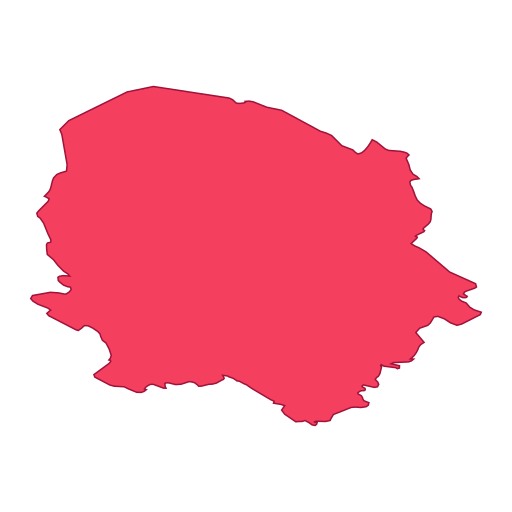 SVG path tracing the border of Northern Savonia
{"feature_id": "FIN-3178", "entity_name": "Northern Savonia", "entity_type": "Province", "adm_level": 1, "iso_a3": "FIN", "parent_name": "Finland", "parent_adm1": "", "projection": "natural_earth1", "projection_center": [27.676, 63.147], "detail": "fine", "context": "isolated", "style": "filled", "palette": "rose", "viewbox_px": 512, "rotation_deg": 0, "n_neighbors": 0, "source": "natural_earth", "source_scale": "10m", "svg_char_len": 3770}
<svg xmlns="http://www.w3.org/2000/svg" viewBox="0 0 512 512"><path d="M153.4,86.5L229.3,98.1L232.6,99.7L236.3,103.1L237.7,103.3L240.1,103.4L244.2,102.9L245.6,101.9L245.2,101.4L249.0,101.1L253.2,101.8L266.7,107.2L281.7,110.3L320.5,131.3L326.1,133.0L331.6,135.5L341.8,145.7L352.8,149.9L355.4,152.4L357.9,154.0L361.7,152.8L364.6,150.4L367.5,147.1L370.1,143.3L372.2,139.7L376.8,142.1L385.1,148.9L388.6,150.4L400.5,151.3L404.8,152.3L407.2,153.3L409.0,155.0L408.5,155.4L406.1,158.1L408.9,164.7L410.2,169.9L413.0,174.2L416.8,176.4L419.1,178.7L417.4,179.0L414.1,179.4L411.1,180.4L409.8,181.9L410.6,185.4L412.0,187.3L413.7,191.5L415.2,195.9L417.2,200.0L420.2,203.1L424.2,205.8L430.8,209.0L432.1,211.5L431.5,213.3L431.2,214.9L430.9,219.4L430.2,221.8L428.4,224.0L423.6,228.1L423.0,229.3L424.2,230.3L424.6,230.6L423.9,231.7L416.2,235.4L415.4,236.3L417.3,237.1L416.8,238.3L411.1,243.6L414.7,245.9L419.1,247.8L426.2,252.0L449.6,272.0L475.6,283.7L476.5,287.0L474.7,288.2L466.3,291.1L464.5,292.1L463.5,293.9L464.2,294.3L466.5,296.0L467.2,296.3L466.6,297.3L465.2,297.7L462.6,297.6L460.2,296.6L459.1,295.8L458.2,297.3L459.2,299.3L461.6,301.1L466.2,303.0L469.7,307.1L474.0,309.8L481.3,312.2L480.3,314.6L461.8,324.0L457.0,325.3L450.4,322.8L444.3,318.8L437.9,316.4L434.0,316.9L430.3,323.0L427.7,325.4L419.7,328.2L415.8,332.5L424.1,342.4L421.9,343.8L420.8,344.5L419.0,346.7L417.7,349.9L416.3,352.6L414.3,355.4L412.0,357.7L411.0,358.4L410.4,358.9L413.6,359.1L411.4,360.9L408.6,361.9L393.5,362.6L391.1,363.8L399.5,365.7L399.4,368.1L397.3,368.7L395.9,367.7L384.0,366.2L381.2,364.6L380.6,365.7L381.0,366.3L381.4,366.4L381.6,366.7L379.9,373.7L378.3,376.4L376.7,377.4L375.2,379.4L377.8,382.1L378.7,384.4L377.5,386.8L374.3,387.4L363.4,384.9L362.0,386.1L362.6,387.1L364.9,388.2L365.3,389.1L365.0,390.2L363.9,390.7L362.8,390.6L360.7,390.9L358.8,392.0L357.8,392.9L358.3,394.2L359.5,394.6L361.4,395.8L362.5,397.6L362.8,399.0L363.9,400.7L368.1,402.4L368.9,402.6L368.3,405.2L366.2,406.7L361.0,407.5L355.6,407.1L351.3,407.4L333.4,414.5L331.2,418.2L330.1,420.5L325.3,421.5L316.1,421.2L313.9,422.1L317.2,422.3L316.6,424.3L315.1,425.5L312.1,424.9L308.7,422.5L305.0,420.5L302.5,421.4L297.2,421.6L295.8,421.8L284.7,414.2L281.6,410.1L284.7,405.6L280.4,404.3L273.5,403.2L273.6,402.9L274.0,401.8L274.1,401.2L270.6,399.6L251.7,388.4L246.4,384.7L243.9,383.7L239.5,381.3L236.7,380.8L236.4,380.4L233.2,378.3L228.5,376.7L227.7,376.0L222.7,375.3L223.0,375.8L224.2,378.3L223.3,379.5L222.2,379.9L216.4,383.1L212.5,384.1L208.9,384.3L201.1,386.2L198.5,386.2L197.7,385.1L194.7,382.8L192.1,382.0L189.2,381.6L181.2,384.2L175.8,384.6L168.7,382.9L166.6,382.8L164.9,383.4L165.1,386.3L166.0,388.2L163.7,388.2L153.2,384.3L150.3,384.4L147.4,385.9L145.7,387.3L144.4,389.1L144.9,389.3L146.3,389.7L144.1,391.4L141.3,392.4L136.7,392.3L128.0,388.7L124.3,386.8L114.1,386.2L109.8,385.0L94.8,377.1L93.9,374.6L109.0,363.5L110.8,361.3L110.4,360.3L109.9,360.1L109.3,360.1L108.9,360.0L110.4,358.1L111.2,355.3L109.2,349.1L106.0,343.0L102.4,340.3L100.8,336.7L100.0,334.0L97.9,331.6L92.8,328.1L88.1,325.8L84.4,325.6L81.3,328.4L78.3,330.5L76.2,329.9L48.7,315.7L46.8,313.4L50.1,310.5L50.7,310.1L47.7,308.0L38.0,304.3L33.0,301.2L30.7,298.6L32.5,295.5L50.4,292.3L58.7,292.9L64.6,294.1L66.2,293.9L69.2,292.0L71.2,289.5L70.4,287.1L67.8,286.8L63.5,285.1L59.9,282.2L58.3,280.6L57.9,277.3L59.4,276.3L63.2,275.6L69.7,276.1L67.7,273.8L63.6,271.2L58.0,265.5L53.4,259.6L47.3,254.5L46.6,248.7L46.5,244.7L47.4,243.0L50.7,242.2L50.9,239.9L48.2,234.4L43.6,223.1L40.1,218.1L37.7,216.4L36.8,213.2L38.6,210.9L48.1,201.4L49.1,198.8L45.9,196.9L44.4,196.3L48.8,191.7L50.0,189.8L50.8,187.5L52.5,180.6L53.6,177.9L56.8,174.5L60.4,172.9L66.5,171.1L67.1,164.6L61.8,134.3L59.8,129.6L68.8,120.6L127.2,91.9L153.4,86.5Z" fill="#f43f5e" stroke="#9f1239" stroke-width="1.5"/></svg>